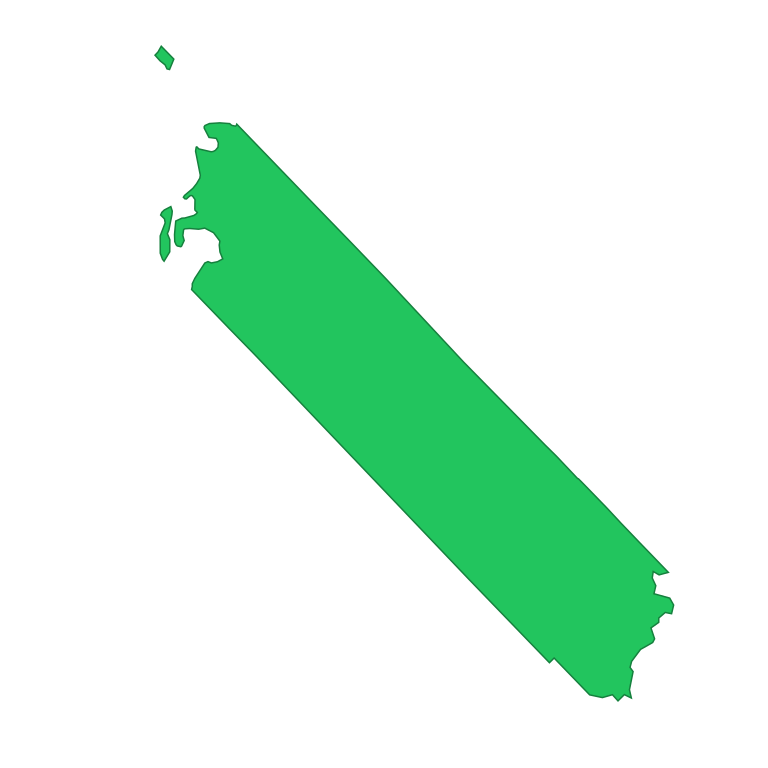 Whatcom, Washington, United States of America (Robinson projection), rotated 46°
{"feature_id": "52423323B9068998137459", "entity_name": "Whatcom", "entity_type": "district", "adm_level": 2, "iso_a3": "USA", "parent_name": "United States of America", "parent_adm1": "Washington", "projection": "robinson", "projection_center": [-122.187, 48.822], "detail": "fine", "context": "isolated", "style": "filled", "palette": "green", "viewbox_px": 768, "rotation_deg": 46, "n_neighbors": 0, "source": "geoboundaries", "source_scale": "gbopen_adm2", "svg_char_len": 1881}
<svg xmlns="http://www.w3.org/2000/svg" viewBox="0 0 768 768"><g transform="rotate(46 384 384)"><path d="M750.5,452.0L761.3,444.7L766.2,435.5L774.5,435.8L774.4,426.9L781.7,424.2L774.4,419.8L763.9,404.6L758.8,403.9L755.5,398.5L753.1,383.8L756.6,370.3L755.3,366.4L744.9,361.4L746.3,351.9L743.2,348.9L743.7,340.4L749.0,336.7L744.2,329.2L736.5,327.2L722.4,335.5L717.9,328.6L709.9,325.8L705.9,320.6L712.4,318.7L717.0,310.3L675.4,310.3L648.9,310.2L627.3,309.8L593.5,309.9L587.3,310.0L586.5,310.4L584.7,310.4L555.8,310.1L539.4,310.5L423.4,311.5L310.1,309.5L260.2,309.4L209.7,309.5L209.1,309.5L94.8,309.4L95.4,310.6L95.4,311.7L92.1,313.9L89.5,314.1L82.1,320.7L75.4,328.6L73.7,333.2L74.0,334.6L75.1,335.6L85.1,338.6L90.7,334.1L92.1,334.4L95.5,335.7L98.4,339.0L98.8,342.9L98.1,345.3L96.9,347.0L86.3,353.9L83.4,353.9L83.2,354.6L85.6,357.8L106.2,371.1L108.0,373.5L109.7,379.6L110.5,385.6L109.8,396.5L110.3,398.6L112.5,398.6L113.7,397.5L113.7,395.1L113.9,392.7L114.4,391.8L115.6,391.1L120.0,391.8L126.7,398.5L127.7,399.2L130.9,399.1L131.2,400.6L130.7,403.7L126.2,412.0L124.3,414.2L122.1,420.6L131.0,430.9L136.2,435.6L139.4,436.8L141.1,436.8L144.1,434.8L144.2,433.8L142.0,428.1L137.5,425.6L133.7,420.8L134.0,419.5L137.1,415.8L143.9,409.8L146.8,405.5L147.2,404.7L156.8,401.5L167.2,402.8L169.6,406.0L174.6,409.9L175.3,410.4L182.0,413.1L181.2,415.9L180.4,418.8L177.0,424.1L173.7,425.6L172.5,428.8L176.6,446.7L178.7,452.3L180.7,454.2L182.4,456.8L236.6,456.8L271.7,456.6L273.5,456.6L583.8,458.6L699.4,458.6L699.3,452.0L750.5,452.0ZM106.2,421.2L106.2,424.6L107.3,427.3L112.7,427.2L116.1,429.5L122.0,442.1L134.5,454.1L140.5,456.7L142.9,456.9L140.1,446.3L131.4,437.8L125.4,435.4L123.6,431.5L114.8,418.8L112.5,416.2L108.3,414.1L106.2,421.2ZM-13.7,309.6L-11.8,316.0L-11.6,320.3L-4.0,320.6L2.4,319.8L6.6,321.2L8.8,319.8L4.3,309.5L-13.7,309.6Z" fill="#22c55e" stroke="#15803d" stroke-width="1.5"/></g></svg>